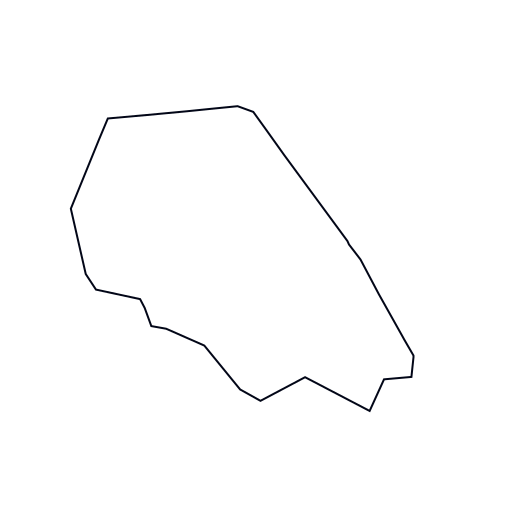 outline of Pariang, Unity, South Sudan, rotated 22°
{"feature_id": "79223893B45292827901182", "entity_name": "Pariang", "entity_type": "district", "adm_level": 2, "iso_a3": "SSD", "parent_name": "South Sudan", "parent_adm1": "Unity", "projection": "albers", "projection_center": [30.206, 9.837], "detail": "fine", "context": "isolated", "style": "outline", "palette": "ink", "viewbox_px": 512, "rotation_deg": 22, "n_neighbors": 0, "source": "geoboundaries", "source_scale": "gbopen_adm2", "svg_char_len": 546}
<svg xmlns="http://www.w3.org/2000/svg" viewBox="0 0 512 512"><g transform="rotate(22 256 256)"><path d="M314.4,388.6L346.9,350.0L419.4,357.1L420.9,322.4L445.4,309.9L439.9,290.7L439.3,289.3L424.3,277.6L422.1,275.8L384.2,245.4L354.2,220.1L337.9,210.5L335.2,207.9L244.4,151.9L220.4,136.6L199.5,123.4L182.8,124.0L158.0,137.0L137.7,147.7L101.9,166.2L67.1,184.0L66.8,207.1L66.6,281.5L104.9,336.5L120.2,347.1L164.7,339.4L172.3,345.9L185.2,360.2L199.9,357.1L241.6,358.4L291.3,385.7L314.4,388.6Z" fill="none" stroke="#020617" stroke-width="2"/></g></svg>